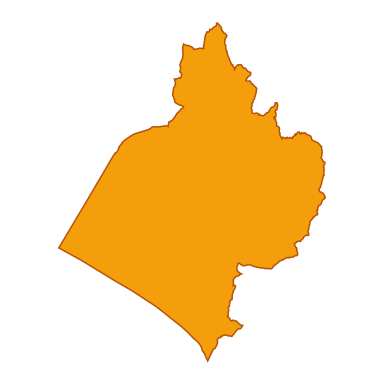 the district of Lambayeque, Lambayeque, Peru
{"feature_id": "86281439B97940066257739", "entity_name": "Lambayeque", "entity_type": "district", "adm_level": 2, "iso_a3": "PER", "parent_name": "Peru", "parent_adm1": "Lambayeque", "projection": "natural_earth1", "projection_center": [-79.825, -6.15], "detail": "fine", "context": "isolated", "style": "filled", "palette": "amber", "viewbox_px": 384, "rotation_deg": 0, "n_neighbors": 0, "source": "geoboundaries", "source_scale": "gbopen_adm2", "svg_char_len": 5991}
<svg xmlns="http://www.w3.org/2000/svg" viewBox="0 0 384 384"><path d="M242.7,325.4L240.4,324.9L237.3,322.3L236.6,321.1L234.9,320.9L233.3,320.1L231.0,320.9L229.6,318.4L227.5,316.3L228.3,315.4L228.1,314.6L228.1,312.9L228.7,310.4L228.3,307.8L228.5,307.2L229.3,306.6L229.6,303.6L230.4,299.9L230.6,299.7L231.2,300.0L232.1,299.5L232.2,295.3L232.5,293.8L233.3,292.1L233.2,291.1L234.7,288.9L235.6,286.3L235.5,285.8L234.7,285.3L233.5,285.2L233.1,285.4L233.4,284.2L233.4,279.4L234.4,278.0L236.2,276.5L236.9,276.1L238.1,276.1L238.8,275.7L240.1,274.2L241.0,274.3L241.5,274.0L240.0,273.6L239.7,272.6L238.6,272.1L237.4,271.1L236.7,267.2L237.8,265.0L238.0,263.7L238.6,263.0L239.2,263.2L240.8,264.5L243.3,265.9L248.1,264.9L250.1,264.9L250.9,265.0L252.2,265.8L255.9,267.0L260.8,267.9L263.3,267.9L264.6,268.5L266.8,268.4L267.4,268.7L268.6,268.6L270.8,268.9L272.1,268.3L274.3,265.3L275.8,264.6L277.0,263.4L278.4,262.4L279.6,261.0L281.5,260.3L282.2,259.7L282.7,259.9L283.3,259.8L284.8,258.5L285.6,258.4L286.1,257.9L286.8,257.6L287.7,257.8L288.5,257.5L289.3,258.0L290.2,257.3L293.1,257.0L295.3,255.6L296.5,255.7L297.7,254.9L297.4,252.1L296.6,250.6L296.9,249.8L296.4,247.6L295.1,246.3L295.0,245.3L294.5,244.4L294.6,243.7L295.6,242.8L296.3,242.6L296.6,241.9L297.4,241.5L299.5,241.1L300.5,241.5L300.8,240.7L302.1,239.3L303.1,238.6L303.8,236.9L305.4,235.5L306.6,235.2L307.3,235.6L308.7,235.1L308.8,234.6L308.5,233.0L307.8,231.3L308.4,230.3L308.9,227.9L308.8,226.4L309.7,225.1L310.0,221.8L310.6,220.7L311.6,219.9L313.2,217.3L313.8,217.3L315.7,215.2L317.6,214.6L317.6,213.1L316.7,211.0L317.0,210.4L317.8,209.9L317.6,208.8L317.8,207.5L318.2,207.1L318.6,205.8L320.7,204.6L322.5,200.3L323.7,199.1L324.5,198.8L325.2,197.8L324.8,196.1L323.5,193.6L321.6,192.4L319.8,191.8L318.8,189.5L320.5,187.1L321.3,183.7L321.7,183.1L322.2,179.7L322.7,178.9L323.1,176.3L324.1,175.4L323.6,172.4L324.1,171.4L324.1,170.2L323.9,169.6L324.2,168.2L323.5,166.7L323.9,165.6L324.5,164.7L325.0,162.6L323.9,161.6L323.1,161.8L322.8,160.5L321.2,157.9L321.1,157.2L321.9,155.6L321.7,154.4L322.2,152.8L321.9,149.3L321.2,147.3L321.6,146.5L321.0,146.2L317.9,142.8L312.0,140.1L311.2,137.1L310.8,136.8L310.4,135.9L306.3,134.1L305.9,133.3L304.2,132.7L303.8,133.4L303.0,133.0L301.9,133.3L301.6,132.9L300.9,134.1L300.1,133.9L300.0,133.4L300.1,133.1L299.5,132.1L297.9,132.1L296.9,133.5L297.0,134.1L295.9,134.6L295.7,134.1L295.2,134.0L295.1,135.3L294.4,135.2L293.9,136.3L293.0,136.6L292.7,137.1L292.5,138.2L292.2,138.5L291.9,138.5L291.4,137.9L290.0,137.4L288.3,138.4L287.2,137.9L287.0,137.4L286.7,137.8L286.1,137.7L285.7,138.3L284.9,138.5L283.5,137.4L283.0,137.3L282.7,137.5L282.2,138.6L281.9,138.8L281.8,138.1L279.7,134.8L279.8,133.9L280.1,133.3L279.7,132.8L279.2,131.4L279.2,129.9L279.6,129.5L279.3,127.7L278.3,126.6L276.4,125.8L276.7,125.0L276.6,122.9L276.3,122.5L275.8,121.0L275.6,119.5L275.0,118.5L274.0,118.6L274.0,117.7L274.4,117.3L274.4,116.8L275.6,117.0L275.9,116.6L276.0,113.8L275.8,112.9L275.3,112.3L275.1,111.2L276.9,109.6L277.1,109.0L277.1,108.2L277.5,107.1L277.7,106.1L277.5,103.8L277.2,103.0L276.5,103.1L275.9,102.6L275.4,102.7L275.1,103.1L275.1,104.7L274.5,105.9L273.5,106.6L271.0,107.7L270.0,109.6L269.2,110.5L268.7,112.2L268.0,112.5L266.9,112.6L264.2,115.3L262.9,115.7L261.6,115.5L260.8,115.3L259.9,114.4L258.6,115.2L258.5,114.0L257.4,113.1L253.6,113.5L252.4,113.3L251.8,111.6L252.2,110.4L251.3,108.4L251.3,107.0L251.8,106.5L252.1,105.9L251.8,105.1L252.0,104.0L251.8,103.5L253.2,102.2L252.8,100.5L254.5,98.9L254.8,96.9L255.3,95.9L255.8,93.6L256.5,91.3L256.1,90.7L256.0,90.2L256.7,89.5L256.8,88.9L256.1,87.6L254.0,85.7L252.7,84.1L250.9,83.2L250.9,81.8L249.9,81.0L249.3,80.9L247.7,81.4L245.9,80.5L246.3,79.4L247.5,77.5L248.6,76.3L249.4,76.0L250.5,74.9L250.8,74.0L250.7,72.6L250.3,72.2L249.9,72.3L248.4,71.7L247.0,70.6L246.4,69.3L245.1,68.1L243.1,67.8L241.6,65.1L240.8,64.7L237.5,64.9L235.4,67.3L235.3,68.2L234.5,69.5L233.9,67.4L233.2,66.7L232.7,64.7L232.1,64.4L231.4,64.6L231.0,62.8L230.5,62.2L230.2,61.0L229.7,60.3L228.9,57.7L227.3,54.1L226.9,52.8L227.2,52.0L226.8,50.9L226.1,50.0L225.6,47.0L225.9,46.0L225.4,44.8L224.6,44.0L224.6,42.6L225.0,41.2L224.7,40.3L225.3,39.0L225.2,38.4L225.9,37.8L226.9,35.7L225.1,33.4L223.6,32.9L222.9,31.5L221.8,30.4L221.4,27.8L220.7,26.5L217.9,23.5L217.2,23.0L216.5,23.3L216.6,24.3L216.3,25.6L215.8,26.3L215.3,26.4L213.2,27.7L212.4,28.4L211.9,29.3L210.6,29.6L209.8,29.3L209.5,30.8L208.5,32.1L207.7,32.1L206.9,31.8L206.4,33.3L205.5,34.8L204.8,38.3L204.8,39.7L204.4,41.4L204.0,44.9L203.5,46.0L203.7,48.6L202.3,48.2L202.0,48.4L199.5,48.2L194.9,49.5L194.0,48.9L193.6,49.1L192.9,47.7L191.6,46.9L188.3,45.5L186.4,45.5L183.6,44.0L182.7,47.5L182.7,49.8L183.0,51.6L182.8,53.0L183.0,55.3L182.6,57.3L182.7,57.9L180.4,63.1L179.9,64.8L180.2,66.4L180.7,67.4L180.3,70.4L179.7,71.7L181.0,73.0L181.8,74.5L180.7,78.0L179.7,77.8L175.6,79.1L174.4,79.1L174.8,79.7L174.7,80.6L175.6,81.6L175.3,82.6L175.3,85.2L174.8,86.3L173.7,87.5L173.4,89.5L173.4,90.5L173.0,91.3L173.0,92.5L172.7,93.9L172.8,95.4L174.4,99.4L175.0,102.4L178.2,104.4L183.6,106.5L182.6,108.4L180.9,109.0L180.0,110.6L178.8,111.6L178.4,112.4L177.7,112.5L175.7,115.3L175.0,116.8L174.3,117.3L174.0,118.2L173.2,118.9L172.1,120.6L171.0,120.8L170.2,121.5L169.0,121.8L168.2,125.1L168.2,126.6L166.7,126.0L164.6,125.9L158.9,126.9L152.5,126.8L151.9,127.1L150.6,128.4L147.9,129.8L134.5,133.9L131.7,135.4L125.3,139.7L122.3,142.4L120.9,144.6L119.0,146.9L117.9,150.7L116.1,152.7L115.0,153.2L113.3,155.8L85.8,202.6L58.8,247.9L81.3,260.3L115.7,281.3L131.8,290.6L156.6,306.9L180.9,326.1L189.1,333.6L192.9,337.8L195.2,339.6L198.2,342.4L199.9,344.6L201.0,346.5L202.5,350.7L203.0,351.7L204.7,353.7L205.5,356.1L207.7,361.0L213.1,349.5L215.3,348.1L215.8,346.8L216.7,345.5L217.6,342.2L217.3,339.5L217.8,339.1L218.2,337.9L220.5,337.7L220.8,337.1L220.8,336.5L221.4,336.6L221.8,336.4L221.8,336.1L222.6,335.9L223.1,335.3L224.1,335.3L224.3,335.1L226.6,335.1L227.2,335.2L228.2,336.0L228.6,335.8L231.9,336.4L237.7,329.1L240.7,328.6L242.7,325.4Z" fill="#f59e0b" stroke="#b45309" stroke-width="1.5"/></svg>